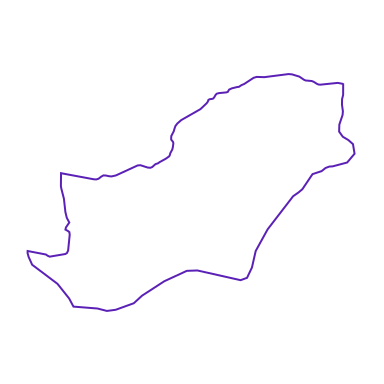 the Province of Golestan, rotated 5°
{"feature_id": "IRN-3213", "entity_name": "Golestan", "entity_type": "Province", "adm_level": 1, "iso_a3": "IRN", "parent_name": "Iran", "parent_adm1": "", "projection": "albers", "projection_center": [55.004, 37.298], "detail": "fine", "context": "isolated", "style": "outline", "palette": "violet", "viewbox_px": 384, "rotation_deg": 5, "n_neighbors": 0, "source": "natural_earth", "source_scale": "10m", "svg_char_len": 1635}
<svg xmlns="http://www.w3.org/2000/svg" viewBox="0 0 384 384"><g transform="rotate(5 192 192)"><path d="M277.9,66.1L281.4,66.1L288.9,67.7L293.7,70.4L295.4,71.0L301.6,71.0L303.6,71.6L306.9,73.3L308.6,73.9L310.5,73.9L327.7,70.6L332.6,71.1L333.2,71.4L334.1,82.1L333.4,86.5L333.8,92.0L335.3,98.5L335.3,102.1L332.9,112.0L333.3,119.0L337.4,123.8L343.2,126.6L348.2,130.3L350.6,139.7L344.0,149.1L329.9,154.2L326.6,154.7L323.0,156.4L319.3,159.9L310.5,163.7L301.7,179.6L298.1,183.2L293.1,187.4L270.6,222.6L260.6,245.2L258.3,262.0L254.3,272.7L248.1,275.6L204.2,269.7L193.7,271.0L172.2,283.3L151.3,299.6L143.7,307.9L126.2,316.0L117.6,317.9L108.0,316.3L83.9,316.5L78.9,308.8L66.0,295.2L39.1,278.4L34.9,270.9L33.5,267.1L33.4,265.1L51.9,267.0L53.8,268.1L55.9,268.8L71.3,264.8L72.8,263.6L73.7,261.0L73.9,245.2L73.3,242.6L71.5,241.5L69.2,240.5L69.5,238.3L72.4,233.1L69.5,228.6L67.6,222.9L65.0,209.9L61.5,199.9L60.9,197.7L59.9,184.7L93.2,187.9L95.6,187.8L97.8,186.9L100.1,184.7L102.3,183.2L105.0,183.1L107.8,183.5L110.5,183.5L114.8,182.1L135.5,170.3L138.3,169.8L145.7,171.5L148.4,171.5L150.2,170.6L153.2,167.4L155.6,166.4L157.2,165.0L162.9,161.2L166.0,158.6L166.6,157.5L167.0,155.2L168.7,151.3L169.0,149.1L169.2,145.4L169.0,144.4L168.5,143.4L167.1,142.1L166.6,141.2L166.5,138.0L168.5,133.2L169.1,130.2L169.7,127.8L171.3,125.2L175.0,121.3L193.2,108.7L198.8,102.4L199.8,100.8L200.4,98.7L201.9,97.9L203.6,97.6L204.9,97.1L205.8,95.9L207.1,93.1L208.1,91.9L210.4,91.1L217.4,89.8L218.9,89.2L220.0,86.8L222.6,85.3L228.1,83.4L229.5,83.2L232.0,81.2L234.5,79.9L243.4,72.9L246.4,71.7L254.0,71.3L277.9,66.1Z" fill="none" stroke="#5b21b6" stroke-width="2"/></g></svg>